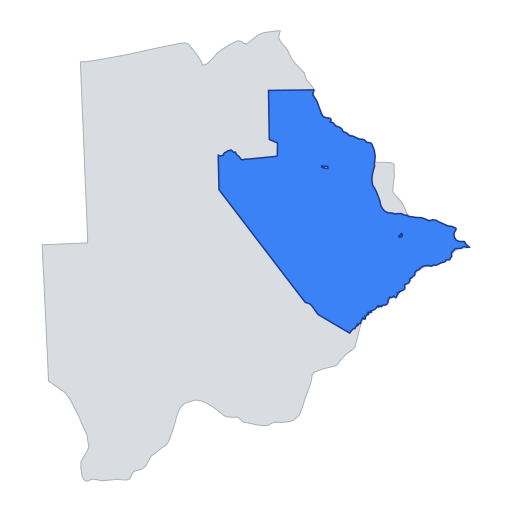 Botswana, with Central highlighted
{"feature_id": "BWA-2630", "entity_name": "Central", "entity_type": "District", "adm_level": 1, "iso_a3": "BWA", "parent_name": "Botswana", "parent_adm1": "", "projection": "albers", "projection_center": [27.183, -21.474], "detail": "fine", "context": "in_parent", "style": "filled", "palette": "blue", "viewbox_px": 512, "rotation_deg": 0, "n_neighbors": 0, "source": "natural_earth", "source_scale": "10m", "svg_char_len": 7912}
<svg xmlns="http://www.w3.org/2000/svg" viewBox="0 0 512 512"><path d="M280.3,31.0L279.4,33.4L278.7,37.0L279.6,39.6L281.5,43.1L284.3,46.2L286.3,48.0L288.8,52.6L291.4,58.3L294.6,62.7L304.2,72.8L305.3,76.4L306.6,80.0L312.6,86.9L313.6,89.2L313.2,93.9L319.4,108.1L323.5,116.3L326.9,117.8L337.7,126.6L347.2,133.6L358.2,138.4L366.3,141.5L370.3,143.8L372.3,146.0L373.9,150.3L374.7,157.7L375.0,162.4L383.7,162.2L390.8,162.7L393.4,163.7L394.3,165.0L394.1,168.2L394.1,172.8L394.5,176.6L393.7,180.6L393.2,185.4L392.8,191.3L393.9,193.6L400.8,201.0L403.7,205.8L406.7,213.1L408.5,215.4L409.9,216.4L416.2,217.2L432.1,220.4L442.0,223.2L449.8,226.2L453.0,227.0L454.6,227.8L455.1,228.5L454.1,234.8L454.4,236.8L455.3,238.7L456.6,240.1L458.2,241.0L464.1,241.8L467.6,245.7L469.8,247.5L459.1,248.3L453.8,251.5L450.6,257.2L445.8,261.3L439.2,263.9L432.2,265.7L424.9,266.7L417.1,271.5L408.8,280.4L404.6,285.9L404.4,288.2L402.5,290.2L399.0,291.8L397.0,293.8L396.5,296.2L394.6,297.3L391.3,297.2L389.0,298.9L387.7,302.4L384.8,304.6L380.3,305.3L376.4,307.3L373.1,310.6L370.6,312.2L368.9,312.3L366.1,314.9L361.7,321.1L360.9,324.0L354.9,347.5L351.6,350.3L345.2,355.1L340.0,360.9L337.8,364.3L335.3,365.9L323.4,368.8L319.0,370.3L313.7,372.6L312.3,374.6L311.1,381.8L307.5,392.2L304.6,399.9L302.7,406.6L299.4,414.9L296.5,417.7L293.3,420.3L288.9,421.6L283.1,422.4L277.7,422.3L273.5,422.4L267.8,425.4L262.4,425.7L253.9,424.2L246.9,422.7L243.8,422.4L237.6,417.1L233.7,417.3L227.7,417.0L224.3,415.8L221.1,413.1L214.2,407.8L207.5,403.6L201.5,401.1L196.0,400.0L190.8,401.3L186.8,402.5L185.2,403.1L182.1,405.5L179.0,409.9L176.5,416.7L175.6,420.8L172.9,429.7L169.3,440.2L167.5,443.3L165.4,445.6L162.0,447.7L151.0,456.4L145.8,465.9L142.3,468.8L138.1,470.2L134.6,471.1L132.6,472.7L130.6,477.6L128.7,479.3L126.6,480.0L120.2,479.7L118.2,479.3L101.3,480.8L96.1,479.5L92.4,479.1L86.7,481.3L84.2,480.1L82.1,476.2L80.9,468.4L80.9,461.7L83.8,456.5L86.3,452.6L88.6,447.7L88.9,445.5L88.3,443.5L87.6,439.6L87.2,435.5L83.2,426.7L78.2,415.0L71.5,402.0L69.5,398.5L65.4,392.9L50.8,382.6L48.6,381.2L48.5,380.0L48.0,369.4L47.4,355.3L46.7,341.2L46.1,327.2L45.4,313.1L44.7,299.0L44.1,284.9L43.4,270.8L42.7,256.7L42.2,244.8L52.6,244.4L65.4,243.8L80.7,243.2L87.4,242.9L87.7,241.0L87.4,232.3L86.6,212.2L85.7,192.1L84.9,172.1L84.1,152.0L83.3,132.0L82.4,112.0L81.6,91.9L80.8,71.9L80.4,62.0L92.4,60.9L106.2,58.4L128.6,54.3L149.5,49.6L163.1,46.8L179.3,43.5L184.9,42.9L186.4,43.3L188.6,44.2L196.4,54.0L201.3,61.5L202.3,64.8L203.2,65.1L205.4,64.5L207.9,63.2L215.4,55.5L216.9,53.4L221.7,49.7L227.6,45.8L232.9,43.0L238.2,40.7L240.7,41.2L243.7,43.1L246.3,44.2L258.4,34.8L263.9,32.6L278.2,30.7L280.3,31.0Z" fill="#d9dde1" stroke="#a8b0b8" stroke-width="1"/><path d="M314.0,89.9L314.0,90.0L313.8,91.0L313.1,92.8L312.9,93.8L313.1,95.0L313.5,95.9L314.7,97.9L316.1,99.7L317.2,101.9L321.7,114.5L322.9,116.3L324.7,117.4L326.8,117.9L329.2,118.0L329.7,118.2L330.2,118.5L330.6,118.9L331.0,119.6L331.1,120.0L330.8,121.0L330.5,121.6L330.2,121.8L330.7,122.2L331.1,122.4L332.5,122.6L333.6,123.2L334.9,125.2L335.7,126.0L336.6,126.3L338.4,126.7L339.3,127.1L341.2,128.3L342.0,129.1L342.4,130.1L342.7,131.2L343.3,131.8L344.2,132.2L346.3,132.8L347.0,133.2L347.1,133.3L347.5,133.7L348.1,134.6L348.8,135.3L349.6,135.8L350.5,135.9L351.6,135.9L353.4,136.3L358.6,138.9L360.3,139.2L361.8,139.2L363.3,139.4L364.8,140.2L365.3,140.7L366.0,141.9L366.6,142.3L367.1,142.5L367.6,142.5L368.0,142.5L368.6,142.5L369.6,142.6L370.5,142.9L371.4,143.4L372.0,144.3L374.3,150.4L375.2,156.2L374.4,163.3L374.6,166.5L373.6,169.3L372.6,173.5L372.0,177.0L372.0,180.5L372.6,185.3L374.6,188.1L376.2,191.3L378.1,196.1L379.8,200.7L380.7,205.2L382.3,208.3L384.6,211.1L388.2,212.9L391.4,212.9L395.3,213.9L398.2,213.6L401.4,213.6L404.0,215.0L407.4,215.3L408.0,215.9L408.6,216.4L409.4,216.6L412.0,216.8L415.4,217.5L420.9,217.6L422.6,218.0L424.4,218.6L428.1,220.6L429.1,220.8L429.8,220.7L430.6,220.4L432.2,220.0L432.7,219.7L433.2,219.7L434.6,220.1L436.0,220.2L436.6,220.4L438.4,221.8L440.4,222.5L447.1,225.7L448.5,226.1L451.3,226.3L452.6,226.7L453.4,227.2L455.2,227.8L456.0,228.4L456.1,229.4L455.5,230.5L454.7,231.7L454.2,232.7L454.0,234.8L454.3,236.9L455.2,238.8L456.5,240.3L458.2,241.2L459.9,241.5L464.2,241.5L464.4,241.6L464.9,242.2L465.1,242.6L465.4,243.6L465.7,244.1L469.2,247.1L468.3,247.4L467.0,247.3L464.5,246.7L463.3,246.8L462.4,247.4L461.7,248.1L460.9,248.4L455.4,248.6L455.0,248.8L454.0,250.1L454.0,250.3L453.3,250.7L452.4,251.6L451.3,253.0L451.7,256.4L451.4,257.0L451.0,257.4L449.9,259.4L449.1,260.0L447.1,259.8L446.1,259.8L445.6,260.5L445.4,261.4L444.7,261.9L443.8,262.2L442.8,262.3L440.8,262.9L437.5,264.7L435.9,265.3L434.7,265.2L433.8,265.1L433.0,265.2L432.0,266.1L431.3,266.3L428.5,265.5L424.7,265.8L423.0,266.2L421.3,267.2L420.6,267.7L418.9,269.7L418.5,269.9L417.4,270.0L416.9,270.2L416.5,270.5L415.0,272.3L414.8,272.7L414.7,273.4L414.8,274.0L414.9,274.4L414.9,274.7L414.6,275.4L414.2,275.8L413.7,275.9L413.2,276.0L412.9,276.2L412.7,276.5L412.4,277.3L412.2,277.6L411.6,277.9L410.5,278.2L409.7,278.5L409.6,279.1L410.0,280.1L409.8,281.2L409.2,282.2L408.5,283.0L407.9,283.4L407.0,283.8L406.1,284.1L405.2,284.3L404.7,284.8L404.7,285.9L405.0,288.0L404.3,289.3L402.7,290.4L400.9,291.2L399.1,291.7L399.4,292.6L398.7,292.8L397.7,292.8L397.2,292.7L397.1,293.1L397.3,293.4L397.5,293.8L397.6,294.0L397.8,294.4L397.9,294.6L397.7,294.7L397.3,295.0L397.2,295.0L396.6,296.9L396.3,297.4L395.6,297.7L395.0,297.4L393.8,296.0L392.0,297.5L391.5,297.7L390.9,297.5L390.2,297.2L389.7,297.1L389.3,298.5L388.5,299.5L388.3,300.2L388.2,300.5L388.1,300.8L388.0,301.0L387.8,301.1L387.7,301.2L387.8,301.5L387.9,301.9L388.0,302.2L387.7,303.3L387.0,304.2L386.1,304.8L385.1,305.1L383.3,305.2L382.7,305.4L382.3,305.9L381.9,306.5L381.4,306.8L380.8,306.4L381.1,305.7L380.8,305.6L380.1,305.8L379.6,306.1L379.4,306.4L379.0,307.0L378.6,307.2L378.0,305.7L377.4,306.3L376.3,308.0L375.6,308.7L374.8,309.3L373.1,310.1L371.4,310.7L370.9,311.2L371.5,312.2L371.1,312.4L370.7,312.4L370.3,312.2L370.0,311.8L369.9,312.1L369.5,312.5L369.3,312.9L369.0,312.4L368.5,312.2L368.0,312.3L367.8,312.7L368.0,313.3L368.4,313.6L368.6,313.9L368.4,314.5L367.9,314.2L367.4,314.2L366.9,314.6L366.6,315.2L366.9,315.2L366.1,315.8L365.8,316.1L365.7,316.5L365.3,316.3L365.0,316.2L365.1,317.2L365.4,318.0L365.4,318.7L364.7,319.2L364.0,319.2L363.6,318.7L363.4,318.1L362.9,317.9L362.4,318.2L361.7,320.2L360.8,321.8L360.6,322.7L360.7,323.2L360.4,323.3L359.6,323.4L359.0,323.9L357.9,325.3L357.8,325.0L357.4,324.5L357.3,324.3L357.0,325.2L356.5,325.9L355.5,327.3L355.3,327.7L355.0,328.4L354.9,328.7L354.5,328.7L353.7,328.6L353.3,328.7L352.2,329.8L350.1,332.4L350.0,332.5L349.9,332.8L349.8,333.0L349.6,333.1L318.1,314.5L311.9,305.9L309.9,303.9L305.9,302.6L305.3,302.4L305.0,302.0L291.5,284.5L219.0,189.7L218.2,156.1L218.4,155.1L219.6,155.8L220.2,156.0L220.7,156.0L223.5,155.1L223.6,154.9L223.6,154.6L223.5,154.3L223.5,154.1L224.5,152.8L224.9,152.5L225.3,152.3L225.9,152.2L226.4,152.0L227.2,151.2L227.6,150.9L229.4,150.6L230.0,150.3L230.4,150.1L230.9,150.0L231.6,150.4L232.1,150.8L233.3,152.1L234.2,152.4L234.8,152.1L235.4,152.1L236.7,154.6L237.4,155.3L239.2,156.7L240.5,158.6L241.3,159.4L242.4,159.8L243.3,159.7L244.9,159.1L245.9,159.1L246.6,159.2L247.1,159.2L276.6,156.3L277.1,156.1L277.2,155.7L277.3,155.1L277.5,143.6L277.4,143.1L277.2,142.8L269.5,139.6L269.4,139.5L269.3,139.4L268.5,90.4L269.0,90.4L313.9,89.9L314.0,89.9ZM325.0,166.5L322.7,165.9L321.9,165.8L321.6,167.0L322.8,167.6L325.3,168.3L327.7,168.5L327.8,166.5L326.8,166.2L325.7,166.3L325.0,166.5ZM400.6,237.1L401.0,237.0L401.4,236.8L402.0,236.5L402.2,236.1L402.2,235.6L402.4,235.4L402.3,235.2L401.9,235.0L402.0,234.5L402.0,234.1L401.9,233.6L401.7,233.4L401.2,233.6L401.0,234.0L400.9,234.4L400.6,234.8L400.6,235.2L400.1,235.5L399.8,235.5L399.5,235.4L399.0,235.6L399.0,235.9L399.1,236.0L399.2,236.3L399.0,236.6L399.0,236.9L399.1,237.2L399.6,237.1L400.0,236.8L400.3,236.8L400.6,237.1Z" fill="#3b82f6" stroke="#1e3a8a" stroke-width="1.5"/></svg>